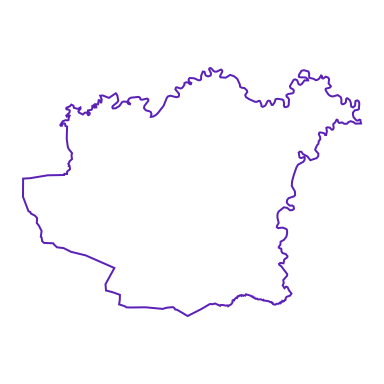 Satuek, Buri Ram, Thailand
{"feature_id": "78962969B95819884850859", "entity_name": "Satuek", "entity_type": "district", "adm_level": 2, "iso_a3": "THA", "parent_name": "Thailand", "parent_adm1": "Buri Ram", "projection": "albers", "projection_center": [103.358, 15.223], "detail": "fine", "context": "isolated", "style": "outline", "palette": "violet", "viewbox_px": 384, "rotation_deg": 0, "n_neighbors": 0, "source": "geoboundaries", "source_scale": "gbopen_adm2", "svg_char_len": 5897}
<svg xmlns="http://www.w3.org/2000/svg" viewBox="0 0 384 384"><path d="M119.1,304.4L124.8,306.2L126.3,307.3L129.4,307.5L145.7,307.3L162.6,308.9L166.8,307.7L172.8,307.1L174.4,308.1L175.2,309.5L177.1,309.8L187.6,316.0L201.6,308.9L209.9,304.0L212.6,304.2L215.1,303.5L220.1,305.8L220.4,305.1L222.4,304.9L225.7,305.6L227.8,305.4L228.1,306.2L231.4,304.1L232.5,302.4L232.5,300.6L233.2,300.0L234.1,300.4L234.8,299.0L236.4,297.6L237.1,297.9L237.5,296.5L238.2,296.0L238.7,296.3L240.1,295.2L241.3,295.9L241.8,295.1L243.1,295.8L243.7,295.3L245.3,295.6L246.0,294.3L250.7,295.7L251.3,296.3L252.4,296.3L252.6,297.1L254.3,297.5L254.2,298.0L256.0,298.9L257.0,298.6L258.1,299.5L260.8,299.3L263.1,300.4L263.5,300.0L263.9,300.5L268.7,301.2L270.2,302.2L271.0,301.9L272.3,302.6L272.2,303.2L272.9,303.4L273.1,304.2L275.3,304.7L276.5,303.8L278.5,303.8L279.7,302.8L279.7,303.3L280.4,303.4L281.9,301.8L283.0,301.5L282.7,300.9L284.2,301.0L284.7,300.1L285.5,299.9L285.7,298.2L286.5,296.9L290.1,295.6L291.5,293.6L289.1,290.5L287.6,287.3L286.1,286.6L284.5,288.2L282.7,285.4L283.7,283.2L283.3,280.0L287.1,275.7L287.2,274.1L281.3,266.3L279.2,264.7L279.0,263.9L280.3,262.9L283.5,263.3L284.3,259.5L287.2,257.4L287.5,256.2L285.7,254.0L282.6,253.1L281.6,251.7L281.2,248.7L279.2,248.1L278.7,247.1L280.4,244.6L280.6,241.7L284.0,239.8L286.4,236.6L287.1,233.5L287.1,230.7L286.6,229.3L285.1,228.5L282.3,227.6L278.2,228.1L276.8,227.2L276.9,226.1L278.7,222.9L277.4,217.6L277.5,214.2L278.6,211.6L283.9,207.3L287.2,207.9L290.0,210.3L292.6,210.0L294.0,208.8L293.5,206.3L292.2,205.5L290.0,205.7L288.4,204.6L286.9,202.8L286.8,201.3L287.4,199.5L288.7,198.1L293.9,196.4L295.1,195.2L294.9,191.4L291.8,186.0L292.1,181.3L293.8,175.0L296.4,167.5L298.0,164.7L303.3,161.8L304.5,160.0L304.8,157.8L304.2,156.9L301.5,158.0L300.3,157.9L299.5,157.3L298.7,152.6L299.9,151.6L301.4,151.8L303.0,154.1L307.4,156.4L310.4,160.2L316.7,158.1L318.2,156.3L318.4,153.6L315.5,150.4L315.2,149.3L317.0,145.4L318.4,143.8L318.8,141.0L320.3,139.3L320.1,136.9L318.9,134.4L319.1,133.1L319.9,132.4L323.0,132.9L324.5,133.5L325.1,135.0L326.1,135.0L326.9,131.4L326.3,127.9L327.3,127.3L329.8,127.6L331.7,129.7L333.0,129.5L333.7,127.9L333.2,124.2L335.2,122.3L336.6,119.7L337.5,119.9L338.3,122.2L339.3,123.0L342.0,122.4L344.3,123.8L346.3,123.8L347.3,123.5L348.3,122.2L350.7,121.2L353.6,122.2L355.5,123.6L361.0,123.5L360.3,119.9L359.3,119.7L357.8,120.6L356.4,120.4L353.6,117.3L352.9,114.6L353.0,112.6L354.7,110.4L358.0,109.7L358.9,109.0L359.3,103.3L358.6,101.2L357.2,100.4L355.5,101.0L355.0,105.7L353.0,107.4L351.2,106.5L350.8,102.8L349.8,100.2L347.5,98.3L346.8,98.3L346.2,98.9L345.9,102.0L345.1,103.2L343.5,104.1L342.1,104.1L341.3,103.0L341.4,99.0L340.6,97.0L337.8,95.1L332.6,96.5L330.5,96.0L328.5,94.6L325.9,90.7L325.5,89.5L325.8,88.7L330.1,87.5L330.9,86.4L328.6,83.4L329.1,79.0L328.0,77.5L325.8,76.7L323.4,78.4L322.6,78.4L322.0,77.9L322.0,76.2L321.1,75.5L319.2,78.6L317.3,79.9L315.8,80.2L313.6,78.8L309.7,77.9L309.2,77.3L309.1,73.3L308.4,71.5L303.9,70.2L301.5,70.8L298.9,75.0L298.9,76.7L299.5,77.2L305.8,77.5L307.9,79.4L308.1,80.4L304.5,80.4L301.8,84.0L300.1,84.9L298.6,84.1L297.1,80.2L295.1,79.4L293.7,79.8L289.9,86.2L290.5,87.9L293.4,89.6L293.8,90.9L293.6,92.4L292.6,93.3L288.2,94.0L286.4,95.2L286.7,96.9L287.8,97.4L289.0,99.3L288.7,105.0L287.9,106.4L285.6,107.2L284.5,106.9L283.9,105.8L284.1,103.3L283.4,100.3L282.2,99.5L277.6,98.8L275.6,99.2L274.5,102.6L272.7,105.0L271.7,104.9L269.8,100.9L268.5,100.7L267.5,101.2L265.3,105.6L262.8,106.9L261.4,106.0L261.3,104.1L259.9,101.0L258.9,100.8L256.9,101.8L255.1,101.8L249.0,99.1L246.0,97.1L245.2,95.1L247.3,91.9L246.9,90.4L244.5,88.1L241.6,87.7L240.1,86.7L239.8,84.4L237.3,78.9L234.0,76.2L230.2,74.9L225.7,77.7L220.5,77.3L220.0,76.2L222.3,71.6L222.2,70.6L221.4,69.7L220.6,69.7L216.8,71.6L215.0,71.7L213.5,71.0L211.4,68.5L210.2,68.0L209.4,68.4L209.1,69.3L211.0,73.3L210.9,74.8L210.1,75.8L208.2,76.4L206.3,75.8L205.5,75.0L204.5,71.8L202.8,71.6L201.1,75.9L201.1,79.2L200.2,80.1L198.5,80.3L194.2,78.3L189.8,78.0L188.9,78.8L188.6,80.1L189.1,81.7L191.3,83.0L190.9,84.2L190.0,84.2L188.0,82.5L186.1,82.3L184.4,83.1L184.4,84.8L182.8,87.2L181.5,88.3L180.3,88.4L176.9,87.3L175.9,87.6L175.4,89.4L179.0,93.7L179.0,95.6L178.5,96.7L176.4,97.2L170.3,95.7L168.0,96.4L166.8,97.9L163.7,105.6L158.0,113.0L155.8,115.1L152.9,116.6L150.8,116.9L151.5,114.0L150.8,112.1L149.5,111.3L145.8,110.3L144.0,108.1L144.4,105.9L148.3,100.8L148.2,99.3L147.1,98.6L142.2,99.7L140.6,99.5L139.9,97.6L138.6,96.9L130.8,97.7L128.9,98.9L128.1,100.6L128.3,101.8L130.1,103.7L129.9,104.3L128.4,103.9L126.7,101.7L123.3,101.6L122.1,102.1L119.4,106.0L115.6,108.3L112.8,108.4L112.3,107.3L112.7,106.1L117.2,102.4L118.3,100.7L117.4,95.8L116.3,93.7L115.7,93.3L109.0,97.9L102.8,95.5L100.2,95.7L101.7,99.3L101.3,102.4L100.6,102.4L100.6,101.3L99.7,100.3L98.7,100.2L98.0,104.3L94.8,104.2L93.7,105.1L96.2,106.2L96.3,107.4L94.5,107.6L92.3,106.4L92.2,108.5L91.5,109.8L88.0,110.4L87.8,111.3L89.8,113.2L89.5,114.5L88.6,115.2L87.9,114.9L87.3,113.2L86.3,112.6L84.8,112.7L82.8,114.5L78.9,112.5L78.4,111.3L80.6,108.6L80.4,107.4L78.0,108.9L73.8,107.8L73.5,105.7L71.3,104.6L69.9,106.3L66.5,107.7L66.2,108.6L66.5,109.3L68.5,109.5L69.8,110.7L69.5,112.5L66.3,115.6L66.9,116.6L68.8,115.2L69.7,115.6L68.7,117.9L68.6,119.9L68.0,120.3L65.5,120.2L62.8,121.2L60.3,125.0L60.8,125.8L61.9,125.7L62.6,123.6L64.5,123.4L65.1,123.9L65.4,125.9L67.1,126.6L66.7,138.5L67.8,146.9L68.7,149.0L72.1,153.2L71.5,155.1L72.0,159.1L69.4,161.4L69.3,162.4L68.3,163.7L69.2,165.1L68.8,166.0L69.6,166.2L70.0,169.2L67.1,171.6L67.0,174.0L64.4,173.8L64.1,175.0L47.7,175.3L30.1,178.2L23.1,178.6L23.0,196.8L28.5,211.3L30.4,212.1L30.8,213.5L35.0,215.7L37.1,218.0L36.8,223.0L38.9,225.7L41.6,231.0L40.8,236.8L41.6,237.4L42.1,241.1L44.0,242.9L53.3,243.3L54.0,244.5L57.0,247.3L63.6,248.1L71.0,251.8L85.7,255.4L114.4,268.0L105.5,284.2L106.0,290.5L112.6,292.2L119.9,294.8L119.8,299.7L119.1,304.4Z" fill="none" stroke="#5b21b6" stroke-width="2"/></svg>